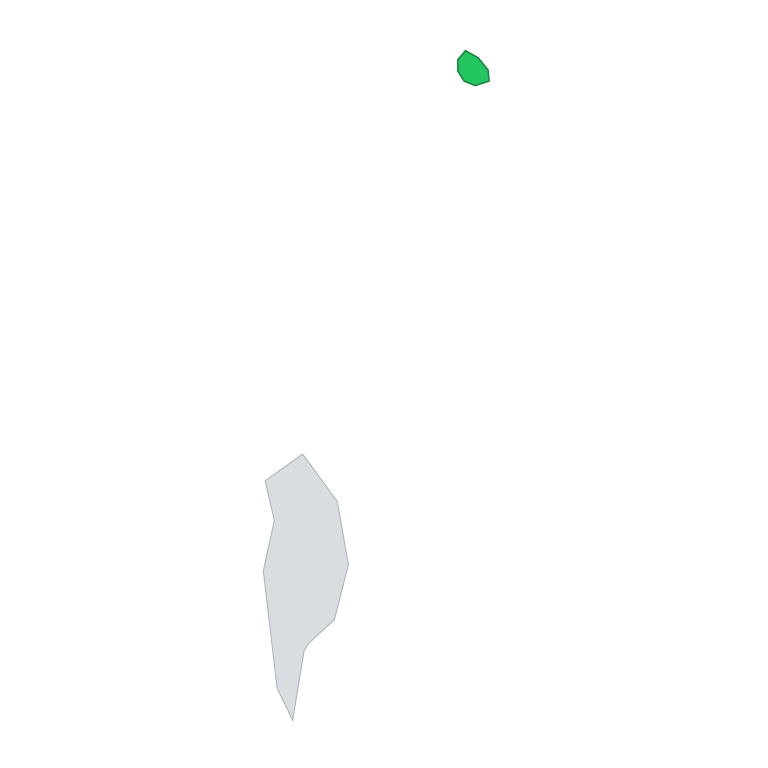 Angaur highlighted on a map of Palau, rotated 164°
{"feature_id": "PLW-5246", "entity_name": "Angaur", "entity_type": "state/province", "adm_level": 1, "iso_a3": "PLW", "parent_name": "Palau", "parent_adm1": "", "projection": "orthographic", "projection_center": [134.158, 6.91], "detail": "fine", "context": "in_parent", "style": "filled", "palette": "green", "viewbox_px": 768, "rotation_deg": 164, "n_neighbors": 0, "source": "natural_earth", "source_scale": "10m", "svg_char_len": 484}
<svg xmlns="http://www.w3.org/2000/svg" viewBox="0 0 768 768"><g transform="rotate(164 384 384)"><path d="M525.0,323.6L481.6,339.1L461.3,284.0L468.0,220.2L496.7,171.1L527.9,155.4L534.3,149.7L564.5,86.0L570.6,121.1L551.5,237.7L527.0,283.1L525.0,323.6Z" fill="#d9dde1" stroke="#a8b0b8" stroke-width="1"/><path d="M213.8,682.0L203.5,671.5L197.4,657.1L199.5,646.2L214.0,645.7L223.5,653.0L226.8,664.3L223.6,675.4L213.8,682.0Z" fill="#22c55e" stroke="#15803d" stroke-width="1.5"/></g></svg>